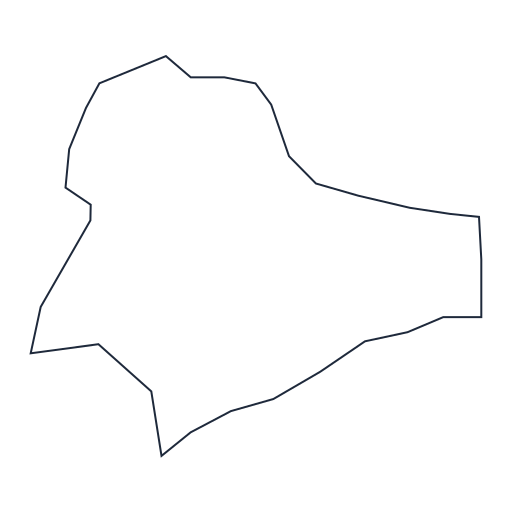 SVG path tracing the border of La Massana
{"feature_id": "AND-4877", "entity_name": "La Massana", "entity_type": "state/province", "adm_level": 1, "iso_a3": "AND", "parent_name": "Andorra", "parent_adm1": "", "projection": "mercator", "projection_center": [1.476, 42.553], "detail": "fine", "context": "isolated", "style": "outline", "palette": "slate", "viewbox_px": 512, "rotation_deg": 0, "n_neighbors": 0, "source": "natural_earth", "source_scale": "10m", "svg_char_len": 495}
<svg xmlns="http://www.w3.org/2000/svg" viewBox="0 0 512 512"><path d="M99.4,83.3L165.9,56.1L190.7,77.3L224.2,77.3L255.5,83.4L271.2,104.6L289.0,156.2L315.9,183.5L358.3,195.7L409.8,207.8L450.0,213.9L479.0,216.9L481.3,259.4L481.3,317.1L443.3,317.1L407.5,332.2L365.0,341.3L320.3,371.7L273.4,399.0L230.9,411.1L190.7,432.3L161.5,455.9L151.3,391.4L98.4,344.2L30.7,353.3L40.7,306.9L90.4,220.4L90.7,204.7L65.5,187.6L69.2,149.1L86.0,107.9L99.4,83.3Z" fill="none" stroke="#1e293b" stroke-width="2"/></svg>